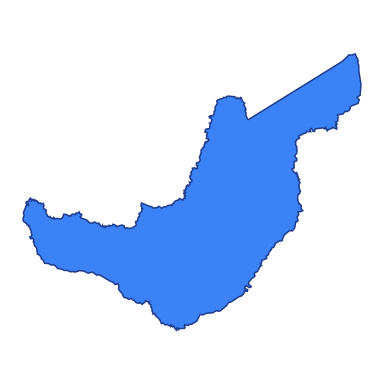 outline of San Alberto, Cesar, Colombia
{"feature_id": "7082276B88825999787077", "entity_name": "San Alberto", "entity_type": "district", "adm_level": 2, "iso_a3": "COL", "parent_name": "Colombia", "parent_adm1": "Cesar", "projection": "albers", "projection_center": [-73.5, 7.834], "detail": "fine", "context": "isolated", "style": "filled", "palette": "blue", "viewbox_px": 384, "rotation_deg": 0, "n_neighbors": 0, "source": "geoboundaries", "source_scale": "gbopen_adm2", "svg_char_len": 5976}
<svg xmlns="http://www.w3.org/2000/svg" viewBox="0 0 384 384"><path d="M297.5,197.9L298.2,194.4L299.3,194.0L300.4,191.1L299.1,188.2L299.2,186.9L298.5,186.4L300.0,182.5L298.4,180.5L299.5,179.4L298.0,178.3L298.3,177.0L297.2,176.3L297.7,174.7L296.6,174.4L296.9,172.7L296.3,172.5L295.8,173.4L293.9,172.2L292.0,168.9L294.2,167.9L294.0,161.7L296.6,160.9L296.9,158.7L294.5,156.1L296.7,153.2L297.1,150.2L296.4,147.5L296.9,146.8L295.5,144.8L295.8,142.8L295.2,141.5L296.4,140.8L296.6,139.6L299.2,138.5L299.6,137.5L298.5,136.3L299.8,135.1L301.7,134.9L303.5,133.5L305.5,133.2L306.8,131.5L310.6,131.8L309.8,129.8L311.0,128.4L311.8,128.8L312.5,130.9L313.9,131.5L314.7,131.2L314.7,129.6L315.7,128.8L322.9,127.9L324.9,129.0L325.8,127.3L327.2,130.9L328.4,129.7L332.2,128.1L332.4,127.3L336.7,129.1L336.8,127.5L335.6,125.2L335.9,124.6L336.8,124.8L337.0,124.1L335.6,122.1L337.6,121.4L338.1,117.4L337.4,115.1L343.1,113.9L344.8,111.5L347.0,111.6L349.2,110.3L350.2,108.6L350.1,107.1L351.3,106.0L358.0,103.4L359.3,99.8L357.0,97.4L360.1,95.3L361.0,84.7L358.9,71.3L358.7,65.1L357.7,62.4L358.2,60.6L355.1,53.9L351.6,55.1L349.1,54.8L342.3,61.4L248.6,119.5L247.4,119.0L245.8,114.6L246.1,112.9L245.1,110.8L245.7,109.7L246.5,109.7L245.2,109.0L245.6,108.1L243.7,104.7L244.7,103.2L242.6,101.5L241.6,98.8L240.7,98.8L241.2,97.8L240.8,97.4L239.2,98.7L237.6,97.6L236.3,98.7L234.7,96.7L228.2,96.1L226.6,96.5L225.9,97.6L223.6,97.4L222.5,98.5L218.2,99.6L216.6,101.1L217.5,103.1L215.0,107.3L215.2,110.6L214.2,111.1L213.9,114.5L213.1,115.7L212.0,115.4L211.5,116.2L210.2,115.7L210.1,116.4L209.1,116.7L209.9,118.1L211.2,118.2L211.8,120.6L210.9,122.5L209.4,123.2L210.1,124.1L209.6,128.4L205.8,129.3L205.0,130.7L205.1,132.3L206.6,132.1L207.6,133.0L206.5,135.0L207.0,135.8L206.3,138.2L207.2,138.9L208.3,138.6L208.9,140.7L206.1,141.6L206.7,143.2L205.7,141.9L205.3,142.1L204.1,144.8L204.4,146.9L203.5,147.1L202.3,148.2L202.3,149.2L201.1,149.9L201.1,152.6L199.4,157.7L200.2,159.5L200.0,160.6L198.5,162.7L197.2,162.4L196.3,163.4L196.5,165.2L197.8,165.7L197.0,167.1L197.4,168.4L195.5,168.7L194.5,167.7L192.3,168.3L193.0,169.2L190.8,172.6L191.5,173.4L191.2,174.8L190.1,175.5L190.4,176.7L189.8,177.0L190.6,179.5L191.8,179.8L191.7,181.4L190.2,182.6L189.4,182.1L189.9,184.6L188.9,185.2L187.9,185.0L188.1,185.9L186.7,185.7L186.2,186.8L186.6,187.4L185.3,189.1L185.9,189.6L185.6,190.5L184.0,190.5L184.5,191.3L183.9,193.2L185.4,192.9L184.8,193.9L185.2,195.0L184.4,195.2L185.3,196.2L184.3,196.8L184.9,198.3L183.4,198.7L182.9,200.1L179.5,198.5L178.2,200.2L176.0,200.6L174.2,202.1L174.1,202.9L172.4,203.9L172.0,205.4L171.3,205.0L168.2,205.4L165.5,206.9L164.0,206.7L161.8,208.2L158.7,206.3L157.1,207.6L153.0,208.0L151.7,206.7L148.6,206.0L141.6,203.0L140.9,205.8L142.6,208.6L141.7,208.7L141.7,211.7L138.9,213.7L139.7,216.2L138.3,217.1L137.4,221.1L136.2,221.1L135.5,222.0L136.3,224.7L135.9,225.6L131.8,228.1L129.1,228.4L127.0,227.7L125.1,228.4L124.1,226.9L124.4,226.0L122.8,225.3L121.7,225.0L116.9,226.6L116.6,226.1L116.1,226.5L115.4,225.1L113.0,224.2L112.1,225.5L110.1,225.9L109.3,225.4L109.3,226.1L106.8,226.1L105.8,227.1L104.8,227.2L105.0,226.1L103.5,226.6L102.7,225.4L102.7,226.7L101.0,226.2L98.8,223.1L98.0,223.9L95.0,222.1L93.4,222.4L93.0,223.1L90.1,223.0L86.7,220.0L80.7,217.7L80.2,216.7L81.1,216.3L81.8,214.6L79.3,213.0L79.1,211.9L77.2,213.2L75.9,213.1L75.0,214.9L73.2,214.0L71.8,214.3L70.8,216.1L69.8,215.6L69.0,216.1L66.3,214.5L63.8,214.2L62.8,217.2L60.6,219.2L57.8,218.4L53.9,218.9L54.3,218.0L53.7,217.3L53.1,218.3L50.8,217.8L50.0,216.4L49.2,217.2L47.6,216.3L47.5,215.3L45.7,212.8L46.4,210.6L45.7,209.5L44.0,209.1L43.4,207.7L44.0,205.4L43.3,203.4L40.9,203.8L40.3,202.9L38.2,203.4L38.0,201.9L36.8,200.8L36.1,200.9L35.7,200.3L34.8,201.1L34.1,199.5L33.4,200.3L32.5,199.7L31.7,200.6L31.8,199.2L30.8,199.3L30.5,198.2L29.2,199.4L28.8,201.3L26.7,201.5L26.1,202.2L26.1,203.4L28.5,204.1L28.8,204.9L28.2,205.3L26.8,204.6L25.6,206.4L25.6,207.4L23.8,211.4L23.5,213.2L24.1,215.6L23.0,218.3L23.4,221.4L26.9,223.8L26.9,224.9L28.9,225.4L28.7,226.6L30.1,227.4L29.9,228.6L31.4,231.0L31.1,232.2L31.9,234.6L31.4,236.4L30.0,236.6L29.9,237.7L30.8,238.8L32.6,238.3L33.9,240.2L33.2,241.8L34.4,242.8L34.0,244.1L34.9,246.3L36.5,247.5L37.5,254.3L39.6,255.1L41.2,257.5L41.3,258.9L43.0,259.8L44.6,263.3L48.4,263.5L51.3,265.1L52.6,264.7L54.9,265.4L57.7,268.6L61.0,268.9L64.4,270.4L67.6,270.5L70.4,271.8L73.3,271.5L75.2,272.2L76.5,271.3L77.9,271.5L79.0,270.5L83.8,271.1L88.2,273.2L92.5,272.1L96.6,275.1L99.5,274.8L110.2,281.2L112.8,282.1L115.2,284.6L117.7,283.4L119.0,286.4L118.4,288.4L119.1,290.1L122.4,294.0L123.9,297.4L126.7,298.0L128.7,299.4L131.5,298.3L132.3,299.8L133.8,300.2L136.5,302.9L139.2,303.2L140.5,302.6L142.1,304.4L144.9,302.1L145.6,300.6L147.7,301.9L149.5,301.5L148.9,303.7L150.7,304.5L150.9,307.1L151.8,308.3L152.2,311.7L153.0,312.3L152.9,314.0L155.0,313.6L155.2,315.4L158.6,318.4L160.3,320.8L161.3,323.5L163.0,323.1L165.3,325.0L166.9,324.5L169.5,325.9L170.7,325.0L170.8,326.6L172.5,325.5L172.8,326.8L174.2,326.6L174.4,328.0L175.4,328.5L176.2,330.1L177.2,327.7L177.9,328.0L178.2,329.9L179.7,328.6L184.5,328.4L185.1,327.1L184.4,325.6L184.7,324.7L188.0,325.5L189.9,324.3L191.9,324.1L196.7,321.2L200.1,314.6L203.1,314.8L206.4,313.3L212.9,312.7L216.4,310.5L218.3,311.3L220.2,310.9L226.4,305.8L228.4,302.6L231.4,301.8L238.6,296.9L241.7,295.8L243.7,293.7L244.9,290.3L246.2,291.4L247.3,291.3L247.7,289.6L245.0,288.7L244.8,286.8L246.3,285.8L249.4,287.6L251.0,287.0L251.1,286.2L248.7,284.5L248.8,282.1L251.6,278.7L254.6,276.6L255.0,275.8L254.3,274.1L254.5,273.0L257.5,271.4L260.1,266.5L261.6,265.4L260.3,263.8L261.8,262.6L261.7,260.4L266.7,258.5L266.4,256.1L268.5,254.6L269.0,252.0L271.0,250.1L272.0,248.0L273.8,247.1L275.5,243.5L278.6,241.3L282.1,240.7L283.2,236.9L284.9,234.4L289.6,230.6L292.5,230.9L294.7,227.8L295.8,221.9L297.4,221.6L298.0,220.8L297.1,216.8L298.8,214.5L297.9,211.7L300.9,211.7L302.8,210.6L301.2,209.0L301.2,205.5L300.5,204.6L299.4,204.5L299.5,203.5L298.4,202.3L297.5,197.9Z" fill="#3b82f6" stroke="#1e3a8a" stroke-width="1.5"/></svg>